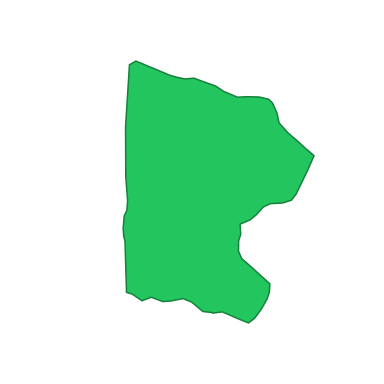 Yangyang-gun, Gangwon, South Korea, rotated 214°
{"feature_id": "91817680B9940099959324", "entity_name": "Yangyang-gun", "entity_type": "district", "adm_level": 2, "iso_a3": "KOR", "parent_name": "South Korea", "parent_adm1": "Gangwon", "projection": "albers", "projection_center": [128.559, 38.003], "detail": "fine", "context": "isolated", "style": "filled", "palette": "green", "viewbox_px": 384, "rotation_deg": 214, "n_neighbors": 0, "source": "geoboundaries", "source_scale": "gbopen_adm2", "svg_char_len": 910}
<svg xmlns="http://www.w3.org/2000/svg" viewBox="0 0 384 384"><g transform="rotate(214 192 192)"><path d="M107.3,103.0L99.9,109.5L79.9,113.3L71.9,115.1L69.5,122.3L69.0,133.7L69.9,145.1L71.8,152.2L76.1,159.4L98.9,162.7L113.6,164.6L120.3,168.9L126.0,177.5L127.9,184.1L134.1,192.2L128.3,201.3L126.0,208.9L124.5,219.3L120.7,226.0L110.7,233.6L105.0,240.8L104.5,248.4L108.3,275.0L111.1,290.3L114.3,290.7L123.1,291.7L132.6,293.2L145.0,294.6L158.3,297.9L165.9,305.1L175.0,310.8L180.2,311.8L189.3,308.4L199.8,301.7L207.4,296.0L222.2,293.1L231.7,293.1L238.9,291.2L254.1,287.4L261.2,281.7L268.4,278.8L275.5,276.4L311.7,269.2L315.0,262.5L283.5,208.8L255.3,167.4L240.6,148.9L235.8,140.4L234.8,134.2L228.7,123.3L223.9,117.1L220.1,113.8L190.2,72.2L184.4,73.9L172.6,73.9L166.9,82.0L155.0,84.8L148.8,89.6L139.8,98.6L130.8,100.5L116.1,99.0L108.0,103.3L107.3,103.0Z" fill="#22c55e" stroke="#15803d" stroke-width="1.5"/></g></svg>